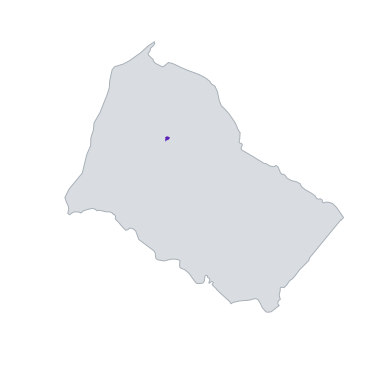 Old Tafo Municipal, Ashanti, Ghana (highlighted), rotated 130°
{"feature_id": "2480657B10806173713075", "entity_name": "Old Tafo Municipal", "entity_type": "district", "adm_level": 2, "iso_a3": "GHA", "parent_name": "Ghana", "parent_adm1": "Ashanti", "projection": "albers", "projection_center": [-1.61, 6.738], "detail": "fine", "context": "in_parent", "style": "filled", "palette": "violet", "viewbox_px": 384, "rotation_deg": 130, "n_neighbors": 0, "source": "geoboundaries", "source_scale": "gbopen_adm2", "svg_char_len": 3301}
<svg xmlns="http://www.w3.org/2000/svg" viewBox="0 0 384 384"><g transform="rotate(130 192 192)"><path d="M233.0,54.4L235.7,57.0L236.3,58.5L235.3,64.1L233.4,68.1L232.1,71.8L232.3,73.7L233.5,75.5L237.7,78.4L239.8,80.3L242.4,83.1L245.3,85.9L250.3,89.6L252.4,90.2L252.3,91.2L251.7,92.6L251.2,106.2L250.9,109.7L250.5,111.5L250.1,116.6L249.6,117.3L248.6,117.2L247.7,117.4L247.5,118.5L247.9,119.5L250.9,120.2L250.3,121.0L248.0,121.7L247.0,123.2L247.4,125.0L246.2,126.4L246.6,127.3L247.4,128.0L248.6,127.7L252.2,125.4L253.6,125.1L255.5,125.6L258.8,129.2L259.0,130.9L257.6,136.9L256.3,141.5L256.1,147.7L257.5,151.1L257.4,153.0L255.8,154.7L252.3,157.1L252.6,158.7L254.2,161.7L257.2,165.1L262.9,169.2L266.0,174.7L266.1,176.9L264.3,179.1L262.2,181.0L261.6,183.8L262.6,202.1L258.1,210.0L258.0,212.3L258.5,214.9L259.7,216.5L262.1,216.9L264.0,218.4L263.3,224.0L262.3,229.7L262.2,232.4L261.6,233.7L259.8,234.8L259.2,236.6L259.7,238.8L259.3,240.4L260.3,242.5L262.4,245.1L265.8,251.7L267.0,252.2L267.6,253.5L267.3,254.9L268.6,257.8L272.3,260.6L276.2,263.1L279.4,263.5L280.1,265.8L282.2,268.6L283.7,269.9L286.1,270.7L288.1,271.1L288.2,273.5L284.7,275.2L282.3,277.7L280.5,281.6L278.0,285.8L269.2,288.0L265.9,288.1L248.0,288.2L231.2,296.6L221.6,299.5L215.6,304.2L207.6,307.5L202.0,311.5L190.4,313.5L171.4,319.8L165.4,322.3L159.4,326.7L149.6,331.8L145.8,331.8L138.1,326.9L132.3,324.5L118.2,320.8L107.7,319.4L102.6,317.8L101.2,317.5L102.4,315.8L105.3,315.7L108.4,316.2L110.8,314.9L114.2,314.7L115.1,313.3L115.4,309.9L115.4,307.1L116.6,305.8L116.9,302.5L115.2,295.2L114.0,294.4L107.9,293.3L107.4,291.8L106.3,290.3L105.2,286.5L103.8,280.9L101.7,273.9L97.6,262.5L96.6,258.4L95.9,254.3L95.8,249.3L96.7,247.5L96.5,244.9L96.2,242.4L99.1,236.6L104.8,229.4L106.0,226.9L107.1,225.1L107.2,222.5L108.2,214.2L111.0,204.1L112.7,200.3L113.9,198.3L115.3,194.9L115.6,193.3L120.9,189.4L123.3,188.3L123.8,186.8L123.0,185.1L123.4,183.9L124.6,183.3L126.5,182.9L127.9,181.3L125.8,168.8L124.0,156.5L123.9,155.4L122.8,153.7L121.8,148.6L120.1,145.6L117.6,144.7L117.6,141.9L120.1,137.2L120.8,134.4L119.6,133.5L119.4,131.4L120.3,127.9L119.8,125.7L119.4,123.4L116.8,118.0L116.2,114.1L117.5,111.9L117.5,107.0L116.1,99.4L115.9,94.6L116.9,92.7L116.4,90.8L114.6,89.0L114.4,87.2L116.0,85.5L115.8,84.2L113.9,83.2L112.1,80.9L110.5,77.2L110.9,71.3L113.9,60.4L114.2,59.5L117.6,59.6L117.6,60.1L128.0,60.0L139.9,59.9L154.2,59.7L167.1,59.6L167.7,59.1L169.8,58.5L182.9,59.6L191.1,59.1L194.6,59.4L197.1,60.2L202.7,59.7L205.8,60.0L208.0,62.7L209.0,62.6L210.2,61.5L212.5,60.2L214.8,59.1L216.4,57.0L217.4,55.4L218.9,55.7L221.0,55.6L222.5,54.3L223.0,52.2L233.0,54.4Z" fill="#d9dde1" stroke="#a8b0b8" stroke-width="1"/><path d="M165.3,244.6L165.4,244.8L165.4,245.0L165.5,245.2L165.5,245.3L165.8,245.5L165.7,245.7L165.8,245.9L165.8,246.1L165.9,246.4L166.0,246.5L166.4,246.6L166.8,246.6L167.1,246.8L167.3,246.4L167.5,246.0L167.8,245.9L168.0,245.9L168.4,245.8L168.5,245.7L168.8,245.4L168.7,245.4L168.0,245.1L167.9,245.1L167.7,245.0L167.4,244.9L167.3,244.7L167.1,244.5L167.0,244.4L166.9,244.4L166.9,244.5L167.0,244.7L167.0,244.8L166.9,244.9L166.9,245.0L166.7,245.0L166.7,244.9L166.4,244.8L166.2,244.9L166.3,244.8L166.3,244.7L166.2,244.6L166.0,244.4L165.9,244.4L165.7,244.3L165.4,244.4L165.4,244.5L165.3,244.6Z" fill="#8b5cf6" stroke="#5b21b6" stroke-width="1.5"/></g></svg>